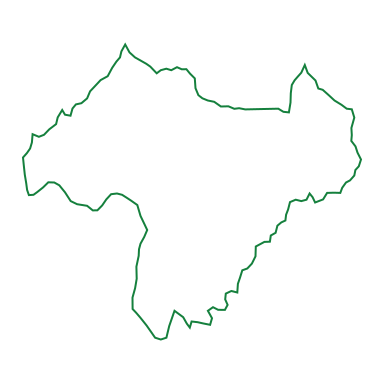 outline of Mendonça, São Paulo, Brazil
{"feature_id": "56859067B44337407830126", "entity_name": "Mendonça", "entity_type": "district", "adm_level": 2, "iso_a3": "BRA", "parent_name": "Brazil", "parent_adm1": "São Paulo", "projection": "equal_earth", "projection_center": [-49.571, -21.202], "detail": "fine", "context": "isolated", "style": "outline", "palette": "green", "viewbox_px": 384, "rotation_deg": 0, "n_neighbors": 0, "source": "geoboundaries", "source_scale": "gbopen_adm2", "svg_char_len": 2117}
<svg xmlns="http://www.w3.org/2000/svg" viewBox="0 0 384 384"><path d="M189.8,327.6L191.6,321.5L197.7,322.2L203.0,323.4L210.1,324.8L212.0,318.2L207.9,310.8L213.0,307.2L218.1,309.8L224.9,309.9L227.6,304.9L225.2,299.4L225.8,293.6L231.3,291.0L237.3,292.5L237.9,283.8L240.0,277.7L242.3,270.3L247.3,268.5L251.9,263.6L255.5,256.3L255.8,246.5L264.4,241.9L269.9,241.7L270.8,235.5L275.6,232.8L277.4,225.7L281.3,222.4L285.4,220.5L286.1,214.7L288.1,209.5L290.0,202.1L295.7,199.7L301.3,201.1L306.5,199.7L309.6,193.5L312.6,197.2L315.1,202.5L323.1,199.4L327.1,192.9L334.0,192.7L340.3,192.9L342.2,187.8L346.0,182.5L350.0,180.4L354.3,175.5L355.4,170.0L358.8,166.3L361.0,159.5L357.5,152.6L355.5,146.4L351.3,140.9L351.8,135.1L351.4,128.0L354.3,117.6L351.8,109.3L346.7,108.7L341.5,104.8L334.5,100.5L328.1,94.6L322.7,89.8L318.3,88.5L315.5,80.5L307.7,72.9L304.8,65.0L301.3,72.7L297.8,76.6L294.6,80.3L291.8,85.0L290.8,93.2L290.5,102.6L288.9,112.4L283.4,111.8L278.3,108.7L245.2,109.4L239.1,108.2L234.3,108.8L228.4,106.3L220.9,106.5L214.2,101.8L207.8,100.5L202.4,98.3L198.4,95.2L195.5,88.2L194.8,78.4L190.0,73.6L186.4,69.2L181.8,69.3L177.0,67.2L171.3,70.2L166.3,68.7L160.8,70.2L156.7,73.3L150.3,66.6L146.3,63.8L141.9,61.3L135.0,57.4L129.5,52.4L125.2,44.5L121.4,51.4L120.0,57.4L116.4,61.6L112.2,67.8L107.7,76.2L100.6,80.1L95.0,86.1L90.1,91.3L87.1,98.4L81.4,103.2L75.9,104.4L72.5,108.5L70.5,115.7L65.0,114.7L62.2,110.0L57.7,117.4L56.1,124.1L49.3,129.3L44.0,134.8L38.9,136.8L32.6,134.2L31.9,142.5L30.1,148.5L26.9,153.1L23.0,157.5L23.8,165.4L24.8,174.7L26.2,183.1L27.1,189.9L28.9,195.1L33.5,194.8L37.2,192.1L43.1,187.4L48.3,182.3L54.3,182.5L59.3,185.3L65.0,192.3L70.7,201.1L77.1,204.2L87.1,205.8L92.8,210.4L97.4,210.3L102.2,205.4L106.3,199.4L111.1,194.2L117.0,193.5L122.1,194.8L126.8,197.8L130.9,200.5L137.3,205.0L140.5,215.9L144.6,224.5L147.2,230.0L144.2,237.0L140.5,243.7L139.0,249.3L138.7,255.8L136.4,266.7L136.7,278.7L135.1,288.2L132.5,297.6L132.6,309.0L136.1,312.7L140.3,317.6L146.6,325.5L155.1,337.7L160.8,339.5L166.4,337.7L169.2,326.1L174.5,310.8L183.2,317.2L186.8,323.6L189.8,327.6Z" fill="none" stroke="#15803d" stroke-width="2"/></svg>